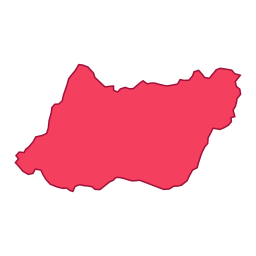 outline of Califórnia, Paraná, Brazil
{"feature_id": "56859067B16760684583143", "entity_name": "Califórnia", "entity_type": "district", "adm_level": 2, "iso_a3": "BRA", "parent_name": "Brazil", "parent_adm1": "Paraná", "projection": "albers", "projection_center": [-51.334, -23.667], "detail": "fine", "context": "isolated", "style": "filled", "palette": "rose", "viewbox_px": 256, "rotation_deg": 0, "n_neighbors": 0, "source": "geoboundaries", "source_scale": "gbopen_adm2", "svg_char_len": 1577}
<svg xmlns="http://www.w3.org/2000/svg" viewBox="0 0 256 256"><path d="M23.0,171.4L28.4,174.4L33.0,173.4L35.2,169.1L40.9,170.1L43.0,174.6L45.8,179.2L50.2,184.2L57.3,187.0L63.0,188.4L66.6,188.0L69.7,190.4L72.9,191.4L75.0,186.5L79.6,184.7L84.3,185.7L88.1,186.0L92.1,186.8L95.1,189.4L100.0,189.6L105.2,185.4L109.6,181.9L113.4,180.1L115.9,177.5L119.7,177.5L124.8,178.7L128.0,179.8L132.3,180.9L139.8,180.3L155.3,186.2L163.6,189.4L169.2,189.0L173.8,186.2L178.1,186.0L181.5,185.2L187.1,180.7L189.2,176.1L192.6,170.0L197.2,167.7L198.3,163.3L200.5,156.5L202.1,152.1L204.8,146.8L207.7,143.4L208.1,137.9L211.0,132.4L213.0,128.2L220.0,129.4L224.3,127.6L228.5,125.1L231.4,121.6L230.9,117.7L234.8,116.6L233.1,110.1L235.4,106.3L236.5,102.2L237.0,98.6L240.6,94.3L239.8,89.2L236.3,86.4L235.3,81.6L240.3,75.3L234.7,73.7L231.8,70.2L224.7,68.9L220.1,68.3L216.1,69.9L213.9,72.8L211.5,75.5L209.4,78.3L204.6,77.5L201.8,73.9L198.6,70.3L194.0,71.8L192.6,75.9L188.9,80.2L183.9,80.4L180.1,79.6L177.6,84.0L171.9,85.2L166.5,86.0L159.3,84.4L155.3,83.2L151.7,83.0L147.2,83.8L143.1,80.8L140.1,82.8L136.1,86.2L133.5,88.5L129.5,88.8L125.2,87.4L120.4,88.9L117.7,91.9L113.7,90.5L113.5,86.0L110.1,86.3L105.0,86.9L100.2,82.4L94.9,77.5L93.5,73.1L87.9,67.0L82.8,65.1L78.8,64.6L75.3,70.5L72.0,74.5L68.7,78.7L67.2,84.2L65.4,89.5L63.5,95.1L62.2,100.9L58.6,104.1L54.9,104.2L51.9,107.5L51.2,112.9L49.1,120.5L48.3,128.2L46.6,133.4L42.2,135.5L35.8,136.9L33.1,141.9L28.9,146.8L25.7,149.3L24.1,152.5L19.2,152.1L16.0,155.6L18.5,158.8L15.4,162.6L19.9,167.6L23.0,171.4Z" fill="#f43f5e" stroke="#9f1239" stroke-width="1.5"/></svg>